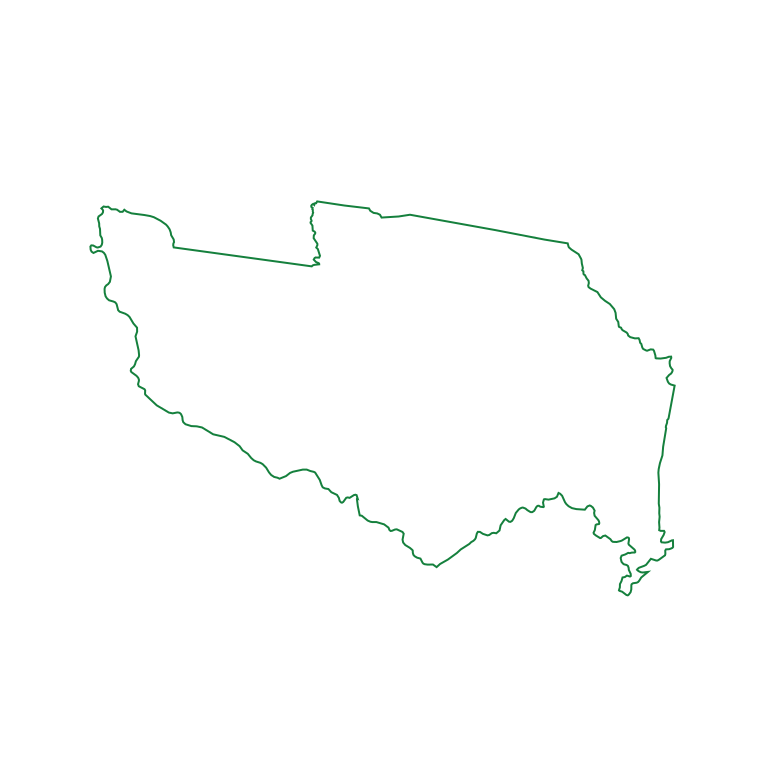 the district of Mopeia, Zambezia, Mozambique, rotated 10°
{"feature_id": "85939544B50332228011696", "entity_name": "Mopeia", "entity_type": "district", "adm_level": 2, "iso_a3": "MOZ", "parent_name": "Mozambique", "parent_adm1": "Zambezia", "projection": "albers", "projection_center": [36.206, -17.867], "detail": "fine", "context": "isolated", "style": "outline", "palette": "green", "viewbox_px": 768, "rotation_deg": 10, "n_neighbors": 0, "source": "geoboundaries", "source_scale": "gbopen_adm2", "svg_char_len": 6117}
<svg xmlns="http://www.w3.org/2000/svg" viewBox="0 0 768 768"><g transform="rotate(10 384 384)"><path d="M135.4,407.7L134.7,410.1L132.3,413.0L132.3,415.0L133.1,416.1L138.8,418.9L140.8,420.5L141.8,422.1L142.1,423.4L141.8,426.9L142.9,428.8L149.0,430.7L149.9,431.7L150.4,435.3L150.9,436.0L163.9,444.5L177.1,449.5L181.0,449.6L185.4,447.9L187.1,447.8L188.3,448.2L189.4,449.0L191.1,451.5L192.0,454.7L193.0,456.5L195.5,458.1L201.6,458.9L207.0,458.2L212.3,458.4L224.5,463.2L235.9,463.8L246.9,467.3L252.6,470.3L256.3,473.9L262.0,476.4L266.0,479.9L268.9,481.7L271.4,482.5L276.0,483.1L278.4,484.0L282.5,486.9L286.1,491.0L288.7,493.2L292.0,494.6L295.4,494.8L297.6,495.4L303.5,491.7L306.9,487.9L309.6,486.2L318.9,482.4L322.7,481.7L326.6,482.5L330.2,482.7L331.6,483.2L337.4,489.6L340.2,494.6L341.6,496.4L343.9,497.1L347.5,497.1L350.9,499.7L357.0,501.4L359.4,504.1L360.6,506.8L362.1,508.0L363.2,508.2L364.3,507.3L366.6,502.6L368.0,502.0L369.9,502.1L373.7,498.6L375.1,498.0L376.3,498.2L377.9,501.3L377.4,501.1L377.3,502.0L379.5,509.0L382.9,517.6L385.0,517.6L391.6,521.3L394.5,522.0L396.3,522.0L400.6,521.3L408.5,522.2L413.4,524.7L414.7,526.8L416.0,527.6L417.3,527.2L420.1,525.4L421.8,524.9L427.9,526.5L429.4,528.0L429.3,534.1L430.4,536.8L432.9,538.9L438.0,540.9L440.7,542.5L441.2,543.0L441.7,545.2L442.6,547.1L444.1,548.3L446.8,549.3L450.2,549.6L453.0,553.3L453.9,554.0L455.2,554.4L458.1,554.3L463.6,553.3L467.6,555.2L470.5,551.5L477.4,545.8L485.1,537.8L488.3,533.6L495.8,526.7L497.3,524.6L499.3,522.9L500.6,521.1L501.1,519.6L501.4,515.1L502.1,513.3L504.2,513.0L507.4,514.4L512.2,515.1L513.9,514.4L516.0,512.2L517.9,511.5L520.5,511.5L523.2,508.2L523.4,502.9L526.0,497.2L527.2,495.8L531.0,497.9L532.5,497.8L534.0,496.4L535.1,493.6L536.2,488.1L538.5,484.1L539.8,482.8L541.6,481.7L542.5,481.6L545.0,482.1L547.0,483.3L550.0,484.5L551.0,484.7L552.3,484.4L554.0,482.7L555.4,478.7L556.3,477.4L557.6,477.0L559.2,477.7L562.2,477.6L562.7,477.1L561.2,473.2L561.5,469.9L562.5,469.4L566.1,469.3L571.8,467.0L573.9,465.0L574.8,461.0L576.5,461.5L578.8,463.1L582.8,469.0L584.4,470.6L587.0,472.3L590.7,473.6L595.2,473.8L603.6,472.9L605.6,469.2L607.7,467.9L609.0,468.2L611.2,469.4L613.4,472.1L613.3,474.5L614.3,477.2L618.8,480.9L619.6,482.0L620.2,483.6L620.0,484.6L617.6,485.4L616.9,486.2L617.0,491.2L616.2,494.1L616.7,495.1L619.0,496.4L623.6,498.2L624.3,498.0L626.2,495.7L628.3,494.8L633.9,497.5L635.6,499.2L636.9,499.7L640.5,499.2L644.2,497.6L645.4,496.9L649.9,492.9L651.0,492.8L651.9,493.2L652.3,494.3L652.4,498.7L653.0,499.7L659.3,503.5L660.2,504.4L660.6,505.8L660.2,506.4L657.3,507.0L655.4,507.9L653.8,507.9L651.3,509.9L647.8,511.8L647.3,514.3L648.8,517.9L650.6,519.4L651.6,519.9L654.3,520.1L655.8,520.8L656.8,522.5L657.4,524.6L659.9,528.1L660.4,530.2L659.7,530.9L656.5,530.5L654.7,532.3L652.5,533.1L652.1,536.9L651.1,540.1L651.6,543.3L651.2,546.4L651.8,546.8L654.6,547.2L659.4,549.7L660.8,549.8L661.5,549.1L663.0,546.2L663.2,543.3L662.5,539.0L662.7,538.1L663.8,537.0L667.4,535.8L668.6,534.9L669.5,533.4L670.9,529.9L676.6,523.2L671.6,524.7L669.6,524.8L667.0,524.0L665.4,523.0L665.9,522.0L667.0,520.7L671.8,517.9L673.5,516.6L677.2,509.8L682.8,510.6L683.9,510.4L685.2,509.4L690.5,503.9L690.6,502.5L689.9,499.2L690.4,497.9L693.4,497.2L694.9,496.4L696.5,495.3L697.0,494.3L695.7,487.7L694.7,488.0L691.1,490.5L688.4,491.4L684.8,491.7L684.1,490.9L683.9,488.6L685.6,484.1L686.1,481.1L685.3,480.0L682.1,480.6L680.4,480.2L680.2,477.5L678.9,472.3L678.5,466.9L677.5,463.5L676.7,458.0L675.4,454.2L672.3,434.9L669.6,423.7L669.3,420.2L669.5,414.0L670.6,406.0L669.8,397.3L669.6,378.5L669.0,377.6L669.0,376.2L669.5,373.1L669.2,370.3L670.1,368.9L670.2,368.1L670.5,335.1L666.6,334.7L664.7,334.0L663.2,332.5L661.2,329.0L663.3,325.5L664.8,324.0L665.5,322.6L665.9,320.9L665.7,319.8L664.1,318.5L662.6,316.7L661.7,314.0L661.4,311.9L662.4,308.4L662.0,307.2L659.8,307.7L657.3,309.2L652.0,310.9L647.5,311.5L647.0,311.3L646.3,308.8L644.1,304.4L643.1,303.4L640.6,303.6L637.4,305.5L636.5,305.5L633.2,304.5L632.1,303.3L630.4,299.8L629.1,298.9L628.0,296.2L626.8,294.7L623.2,295.5L618.4,295.1L616.1,293.9L615.2,292.2L614.0,291.2L609.9,289.7L608.8,289.0L607.7,287.4L605.7,287.0L605.2,286.4L603.9,282.2L601.3,279.4L599.7,273.7L597.7,270.3L592.5,266.0L587.2,263.7L582.5,261.0L578.2,256.4L570.9,254.2L568.7,253.1L568.0,251.8L568.2,249.0L567.5,246.8L565.3,244.9L563.0,241.9L561.7,241.4L561.3,240.8L560.8,238.4L559.5,237.6L559.7,235.2L557.9,231.0L556.9,227.4L556.3,226.4L553.1,222.4L545.3,219.1L542.5,217.4L541.9,216.7L540.5,213.6L517.0,213.9L467.1,213.1L380.2,212.8L369.3,216.5L352.7,220.5L350.6,218.0L347.7,217.2L344.0,217.3L340.4,215.8L338.7,213.7L314.1,215.1L286.5,215.8L285.8,217.7L284.8,217.8L284.5,218.3L284.2,219.8L283.0,218.9L281.8,220.1L281.4,221.3L281.8,222.3L283.2,223.0L283.0,224.2L283.6,224.7L284.0,226.8L284.5,227.6L284.2,228.9L284.3,230.3L283.1,232.7L283.3,234.2L284.3,235.7L284.3,236.4L283.6,237.4L283.7,238.1L286.0,240.4L287.2,245.3L289.2,246.0L290.0,246.8L290.1,247.8L289.1,249.8L289.4,252.6L294.0,257.4L294.3,258.7L293.6,261.4L295.4,262.6L298.7,268.9L298.2,270.8L294.6,271.3L293.8,272.0L293.2,273.7L295.9,275.7L298.6,276.3L299.2,276.7L299.4,277.4L294.6,278.8L293.2,279.6L292.4,280.7L153.2,286.0L152.3,283.9L152.2,282.1L152.6,280.8L151.8,278.2L148.6,274.5L147.6,271.7L146.0,268.9L143.6,266.4L141.7,264.9L135.6,262.0L128.4,259.7L124.5,259.2L118.6,259.2L105.7,259.8L100.5,258.8L98.0,257.5L96.7,259.8L94.1,260.3L90.8,258.7L89.1,258.6L85.3,259.3L81.6,257.3L79.5,257.9L77.0,257.9L75.2,260.1L76.7,261.2L77.3,262.1L77.4,263.9L76.7,265.6L73.8,268.6L73.5,270.7L75.6,275.3L76.2,278.2L77.4,280.6L78.8,286.9L80.7,289.2L81.4,290.9L82.0,293.7L81.9,295.9L81.0,297.9L78.4,299.3L77.1,299.3L73.6,298.1L71.7,298.3L71.0,299.6L71.8,302.7L73.0,304.4L75.1,305.4L79.2,302.5L83.3,302.4L85.4,303.5L87.1,305.2L90.2,310.9L96.4,325.5L96.3,331.0L95.0,333.5L93.4,335.1L92.4,337.0L92.3,338.9L93.1,342.6L94.6,346.0L96.4,347.9L98.7,349.3L103.4,349.8L105.2,350.3L106.8,351.8L109.4,357.5L111.1,358.7L116.9,359.7L119.6,360.7L121.8,362.2L126.7,367.9L131.0,371.4L131.8,375.3L131.0,380.2L136.5,393.5L137.8,398.1L137.9,399.7L135.7,404.6L135.4,407.7Z" fill="none" stroke="#15803d" stroke-width="2"/></g></svg>